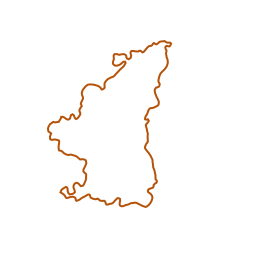 the district of Kirawsk, Mogilev, Belarus, rotated 128°
{"feature_id": "67162791B61593564131840", "entity_name": "Kirawsk", "entity_type": "district", "adm_level": 2, "iso_a3": "BLR", "parent_name": "Belarus", "parent_adm1": "Mogilev", "projection": "robinson", "projection_center": [29.561, 53.344], "detail": "fine", "context": "isolated", "style": "outline", "palette": "amber", "viewbox_px": 256, "rotation_deg": 128, "n_neighbors": 0, "source": "geoboundaries", "source_scale": "gbopen_adm2", "svg_char_len": 4436}
<svg xmlns="http://www.w3.org/2000/svg" viewBox="0 0 256 256"><g transform="rotate(128 128 128)"><path d="M178.9,65.2L177.8,64.7L175.9,64.3L174.8,64.2L173.2,64.2L171.3,64.5L170.3,64.8L168.6,65.4L167.7,66.0L166.6,67.4L166.0,69.3L166.0,70.6L166.0,71.3L166.1,72.6L165.4,73.6L163.8,74.1L162.2,73.3L161.7,72.9L159.5,71.6L158.3,71.9L157.0,72.7L155.1,72.5L153.7,71.9L152.3,72.3L151.6,73.5L151.5,74.6L149.9,76.0L148.6,77.0L147.4,78.4L146.0,80.0L144.8,81.5L144.0,83.0L143.5,83.9L141.2,86.0L139.4,88.0L138.1,88.9L137.2,90.7L136.2,92.6L135.5,94.6L134.9,96.4L134.6,98.2L134.0,100.3L133.5,102.0L132.4,103.0L129.8,103.8L128.1,103.8L126.3,104.1L125.1,105.2L122.8,107.2L120.2,108.9L118.9,110.7L117.2,112.6L115.8,114.5L114.6,115.9L112.7,115.9L111.3,115.8L109.6,116.0L108.9,117.7L110.0,118.5L110.6,119.9L109.6,120.7L107.8,121.3L106.2,121.4L104.5,121.7L102.6,122.4L101.2,122.8L99.9,122.9L99.1,122.8L98.1,122.1L97.0,120.9L96.0,120.2L93.8,119.1L91.9,118.3L90.6,118.4L89.5,119.0L88.3,120.0L87.4,121.4L86.7,122.8L86.0,124.5L84.7,126.6L83.8,128.1L82.3,129.8L81.0,130.6L79.8,130.7L78.9,130.7L78.5,130.4L77.3,129.6L76.6,129.2L75.4,129.3L74.0,129.9L73.4,130.9L72.8,132.4L71.8,133.3L70.5,134.0L68.0,135.1L65.7,135.8L63.8,135.9L61.6,135.6L59.5,135.3L56.4,135.3L54.1,135.9L51.9,136.9L49.6,139.1L48.5,141.1L47.2,142.4L46.3,143.5L45.5,144.2L44.3,144.7L43.2,145.4L42.6,146.9L41.4,148.3L40.5,148.5L39.5,148.1L39.0,147.0L38.4,145.8L37.3,145.4L36.2,145.6L34.9,146.1L34.9,147.5L36.4,149.3L36.9,150.9L37.0,152.8L37.9,153.4L38.9,154.7L40.4,156.0L42.0,156.4L43.6,156.7L44.7,157.2L45.0,158.5L45.1,159.9L46.2,160.2L47.8,160.0L48.7,160.2L49.7,161.0L50.5,161.8L52.4,162.3L54.1,162.3L58.4,162.5L59.5,163.1L59.5,163.7L59.4,165.6L60.1,166.6L61.3,167.0L62.6,168.6L63.2,169.6L63.7,170.7L64.9,172.4L66.0,172.8L67.2,172.3L68.0,171.5L69.0,170.0L71.1,169.1L73.3,169.7L73.9,171.5L73.4,172.6L72.6,173.4L71.9,174.8L72.1,176.2L73.1,177.7L74.4,178.9L75.6,179.8L76.1,180.8L76.5,182.1L78.1,184.1L79.6,184.0L80.4,183.4L82.0,181.9L82.5,181.5L84.8,180.7L86.0,180.0L86.9,178.8L86.8,176.7L86.0,175.4L84.2,174.0L82.7,173.3L80.5,172.8L78.8,172.5L77.5,171.1L78.3,169.9L81.8,169.4L85.1,169.9L86.6,170.2L90.0,170.5L91.9,170.7L95.1,170.9L96.6,171.2L98.1,172.2L100.1,173.2L102.2,174.1L105.3,174.3L107.2,174.0L109.0,172.6L110.6,171.2L112.3,171.4L113.8,172.2L113.7,173.4L113.1,174.4L113.2,175.4L113.1,176.7L113.9,179.2L114.8,181.3L115.7,182.9L117.2,185.0L118.6,186.3L120.9,187.0L123.8,187.1L125.8,187.1L128.3,186.3L129.4,185.5L130.4,184.3L131.4,182.6L132.6,181.5L135.2,180.9L136.6,180.7L138.1,180.0L138.4,179.2L139.2,177.9L140.8,177.9L143.7,177.4L144.8,176.4L145.2,175.3L146.6,174.0L149.7,173.7L151.6,173.8L152.9,174.4L153.0,175.2L152.7,176.2L152.1,177.3L151.4,178.2L151.3,180.1L153.1,180.9L154.4,180.3L156.2,179.5L158.2,180.2L158.9,182.0L158.9,184.6L159.5,186.5L160.3,187.5L161.9,186.8L165.9,186.4L168.6,189.1L169.2,190.7L173.2,191.8L176.1,191.4L178.0,190.5L179.7,188.6L179.6,185.2L182.8,184.2L184.7,182.5L184.4,180.9L181.9,178.4L180.9,176.3L180.4,174.6L181.6,173.4L184.5,171.8L186.5,170.4L188.1,168.6L187.3,166.8L187.0,165.6L187.3,163.2L187.0,160.6L185.9,158.2L184.3,156.9L183.2,154.5L182.1,151.3L182.1,149.3L182.3,146.4L180.7,144.8L179.5,142.5L179.5,141.3L181.3,139.2L183.4,138.5L186.2,137.9L188.0,137.6L189.7,136.4L190.0,134.6L190.1,132.7L191.3,131.6L192.5,130.9L193.6,129.9L195.7,129.0L199.7,128.0L201.2,128.0L202.9,129.5L202.4,132.0L202.4,133.7L202.8,134.8L204.7,135.8L206.9,135.4L208.5,134.3L209.6,132.4L210.6,131.0L211.4,130.3L213.4,130.7L216.2,133.0L216.0,134.9L214.9,136.7L213.0,138.2L212.4,139.5L212.7,140.7L215.8,141.9L217.7,142.3L220.3,141.6L220.0,139.2L220.1,136.4L220.7,135.1L221.1,133.6L220.3,132.6L217.7,130.8L216.1,129.2L215.6,127.7L215.5,126.7L215.7,126.1L216.6,125.1L217.1,124.5L217.0,123.6L215.8,122.9L214.2,122.0L212.8,121.7L211.8,121.4L210.6,120.9L209.0,120.1L206.7,119.2L205.3,118.7L204.3,117.7L204.3,116.9L205.0,115.8L205.7,114.9L205.8,114.1L205.4,112.4L205.0,111.4L204.5,110.4L203.9,109.4L202.4,108.5L202.2,107.1L202.5,106.0L202.2,104.8L201.1,103.2L199.9,101.8L200.0,100.9L200.7,99.6L201.3,98.9L201.6,97.9L200.9,96.9L199.5,96.0L198.5,95.2L197.6,94.3L196.0,93.7L193.3,93.6L191.6,93.4L189.6,93.0L188.9,91.7L188.8,90.6L189.9,89.6L191.0,89.0L192.7,88.1L193.7,87.2L194.0,86.0L193.4,84.5L192.3,83.5L189.9,82.2L188.6,81.0L185.1,79.2L184.0,77.8L182.6,76.7L181.7,75.1L181.4,73.1L180.9,71.0L180.7,69.6L180.2,67.7L179.3,65.4L178.9,65.2Z" fill="none" stroke="#b45309" stroke-width="2"/></g></svg>